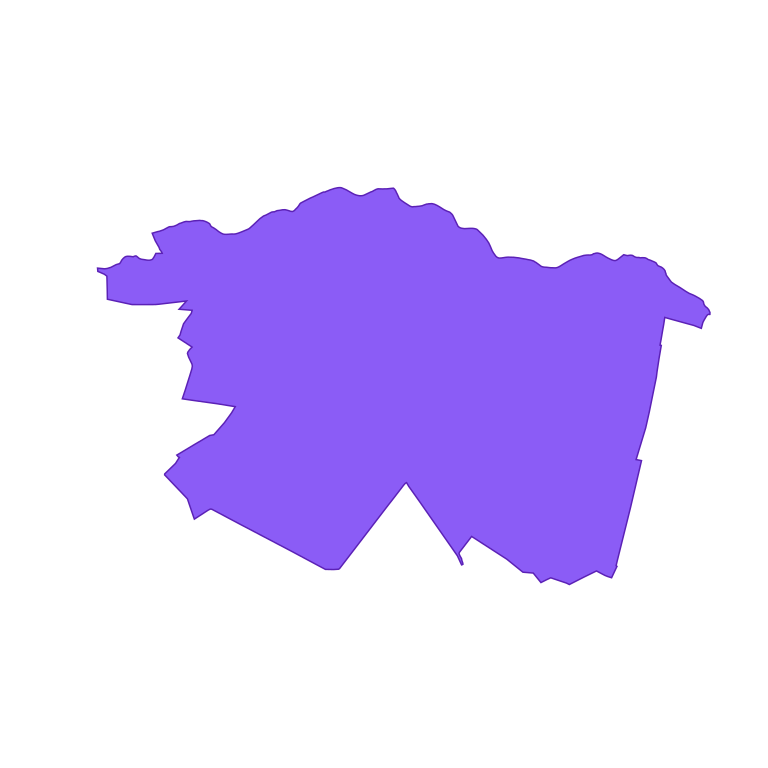 the district of Galanesti, Suceava, Romania, rotated 12°
{"feature_id": "2599482B27745550572599", "entity_name": "Galanesti", "entity_type": "district", "adm_level": 2, "iso_a3": "ROU", "parent_name": "Romania", "parent_adm1": "Suceava", "projection": "robinson", "projection_center": [25.817, 47.903], "detail": "fine", "context": "isolated", "style": "filled", "palette": "violet", "viewbox_px": 768, "rotation_deg": 12, "n_neighbors": 0, "source": "geoboundaries", "source_scale": "gbopen_adm2", "svg_char_len": 5966}
<svg xmlns="http://www.w3.org/2000/svg" viewBox="0 0 768 768"><g transform="rotate(12 384 384)"><path d="M646.9,526.2L649.8,513.9L648.8,513.5L648.9,508.8L650.8,454.1L651.8,405.4L646.3,405.5L648.2,383.1L649.1,372.5L649.3,356.1L649.1,333.8L649.0,320.6L648.5,315.1L647.7,301.1L647.2,288.6L645.9,288.6L645.8,283.4L645.4,273.3L645.2,267.4L644.8,260.5L652.4,261.0L669.2,262.0L674.9,262.3L679.7,263.1L682.8,263.6L683.1,257.6L683.7,255.3L685.2,250.8L686.0,249.1L686.9,248.4L687.5,248.2L688.1,248.3L688.3,248.2L688.0,246.3L687.5,245.6L686.1,243.7L684.2,242.3L682.1,241.3L680.4,239.6L679.3,237.2L678.3,236.2L674.8,234.7L670.0,233.2L667.6,232.6L663.7,231.9L660.1,230.7L654.0,228.3L647.8,226.2L644.0,224.6L642.8,223.6L638.5,219.8L637.3,218.6L636.8,217.3L636.0,216.2L635.5,215.0L634.2,213.7L632.4,212.6L630.6,211.9L629.7,211.8L628.2,211.5L627.5,211.4L626.3,210.5L625.1,209.1L624.1,208.7L622.6,208.3L620.4,207.9L619.1,207.6L617.5,207.4L616.1,207.2L614.9,206.6L613.1,206.3L611.7,206.5L610.0,206.8L608.9,207.2L608.0,207.3L607.0,207.2L606.5,207.4L604.5,207.7L603.0,207.5L601.7,207.1L600.5,206.6L599.5,206.6L598.5,206.7L597.2,207.1L595.4,207.8L593.8,207.8L591.9,207.7L591.6,207.7L588.4,211.6L586.9,213.4L585.5,214.7L584.3,215.3L582.5,215.4L580.4,215.1L576.7,214.2L574.5,213.5L572.6,212.8L570.6,212.1L568.6,211.6L567.1,211.5L565.7,211.5L564.2,211.9L563.1,212.5L561.9,213.0L560.6,214.3L558.6,215.1L557.2,215.3L555.0,215.9L552.7,216.7L550.0,218.2L547.2,219.7L544.6,221.2L542.1,222.9L540.2,224.3L538.2,226.0L535.8,228.2L534.2,229.7L532.2,231.7L530.6,233.1L529.2,234.1L527.5,234.8L525.1,235.2L522.3,235.7L518.9,236.0L516.3,236.4L514.3,236.4L513.0,236.1L510.3,234.8L507.1,233.4L505.9,233.1L504.9,232.6L503.6,232.5L501.5,232.3L499.2,232.4L497.0,232.4L491.8,232.6L489.8,232.6L486.7,232.9L484.4,233.1L481.4,233.7L479.0,234.1L476.7,234.8L472.7,236.3L470.4,236.9L468.7,236.7L467.0,235.9L463.8,233.0L462.0,231.0L459.3,227.1L457.1,224.2L454.1,221.3L449.8,217.8L444.4,214.4L443.1,213.6L442.2,213.3L440.9,213.2L439.6,213.2L437.9,213.4L436.4,213.7L430.4,215.3L427.6,215.5L426.2,215.4L424.7,214.9L423.6,214.3L422.6,213.0L416.6,205.2L415.8,204.3L414.9,203.6L413.9,203.0L412.9,202.4L411.9,202.1L410.2,201.9L408.7,201.6L406.4,201.0L401.6,199.2L398.8,198.3L396.2,197.7L394.5,197.6L393.3,197.6L391.9,198.0L390.1,198.5L389.2,198.9L388.2,199.2L385.6,200.8L384.3,201.7L381.5,202.8L379.8,203.3L378.0,203.9L376.3,204.3L375.1,204.8L373.7,204.8L372.4,204.6L369.5,203.5L366.5,202.4L363.2,201.0L361.8,200.3L360.9,199.7L359.9,198.9L359.3,197.9L358.5,196.9L357.6,195.6L356.4,194.2L355.5,192.9L354.8,192.1L354.2,191.6L353.6,191.1L352.6,190.5L351.5,190.8L349.6,191.4L346.3,192.5L345.5,192.7L343.6,193.1L342.3,193.5L341.0,193.7L339.4,194.0L337.6,194.3L335.9,195.2L334.3,196.5L332.4,198.2L331.3,198.8L325.4,203.3L324.3,204.0L322.9,204.5L321.3,204.9L319.8,205.0L318.3,205.0L317.2,204.9L315.7,204.7L313.5,204.1L311.3,203.4L309.8,202.9L308.2,202.4L307.4,202.1L306.2,201.8L304.2,201.4L302.8,201.1L301.4,200.9L300.3,201.0L299.3,201.2L297.6,201.8L294.5,203.2L292.5,204.4L290.9,205.3L289.1,206.6L287.5,207.6L286.4,208.5L285.2,208.7L284.3,209.2L283.3,209.9L275.6,215.8L273.2,217.5L267.3,222.3L264.8,224.4L264.2,225.4L263.8,226.6L263.3,227.9L262.4,229.6L261.1,231.5L260.3,232.9L259.5,233.7L258.6,234.3L256.8,234.5L255.3,234.3L252.8,234.1L250.9,234.1L248.5,234.7L246.1,235.7L243.3,236.7L241.5,238.0L240.7,238.5L239.9,238.6L238.2,239.3L236.3,240.9L233.4,243.3L231.4,244.6L230.7,245.3L230.1,246.0L228.3,248.0L225.8,251.6L223.2,255.4L221.8,257.3L220.8,258.7L220.1,259.6L219.5,260.3L218.6,261.0L217.6,261.7L213.1,264.8L210.0,266.8L207.5,268.1L205.8,268.6L204.1,268.9L202.2,269.4L200.6,269.9L198.7,270.4L197.1,270.7L195.8,270.8L194.6,270.6L193.4,270.3L192.2,269.9L191.1,269.5L189.6,268.8L187.4,267.7L186.1,267.2L184.9,266.7L183.3,266.3L182.0,265.7L181.2,264.8L180.0,263.4L179.3,263.2L178.0,262.7L176.8,262.4L175.8,262.2L174.5,262.0L172.8,261.9L171.1,262.2L169.7,262.3L167.7,262.9L166.0,263.4L163.9,264.0L161.9,264.8L160.6,265.4L159.3,265.7L158.1,265.9L157.2,266.0L156.2,266.3L154.4,267.2L151.8,268.9L150.6,269.5L149.3,270.7L148.3,271.6L146.9,272.6L145.5,273.5L143.6,274.2L142.8,274.4L141.9,274.6L140.9,275.1L140.4,275.5L138.6,277.0L136.3,279.0L134.2,280.3L132.4,281.4L131.1,281.9L130.2,282.4L128.3,283.4L125.9,284.7L130.5,291.5L135.6,297.2L136.6,298.9L139.0,301.0L139.9,302.3L133.7,303.7L132.7,307.4L131.6,310.2L129.5,311.5L127.8,311.9L126.4,312.1L123.7,312.2L120.8,312.4L119.1,312.2L117.9,311.8L116.3,310.9L115.0,310.3L114.3,310.4L113.1,311.0L112.2,311.7L109.2,311.9L106.4,312.4L105.0,313.0L104.0,313.8L102.8,315.4L101.6,317.6L101.3,319.0L100.4,321.2L97.2,322.9L92.7,326.6L89.3,328.5L86.8,329.4L79.7,330.2L80.7,333.4L82.5,333.7L87.7,334.8L90.5,336.1L91.3,339.3L94.0,350.7L95.8,358.6L114.4,358.7L121.0,358.7L132.0,356.4L143.9,353.8L147.1,352.8L173.5,343.9L173.2,344.4L173.0,344.9L168.0,353.5L181.0,351.8L180.8,355.0L179.9,356.9L179.0,358.8L176.8,363.6L175.4,366.8L174.5,374.9L174.3,378.4L172.9,381.7L188.2,387.6L188.6,387.8L186.8,390.6L185.5,393.6L185.4,395.0L187.3,398.3L192.0,404.4L192.8,406.3L192.9,409.2L192.3,416.1L190.8,431.6L189.8,440.4L191.7,440.3L201.2,439.7L225.1,438.0L243.2,437.1L240.9,443.9L235.9,455.1L228.1,469.0L224.2,470.6L211.6,482.2L196.1,496.6L197.9,498.0L199.1,498.4L198.9,498.8L196.6,505.0L188.2,517.5L188.3,518.5L201.9,527.8L215.6,537.2L218.5,542.1L225.3,553.5L226.6,555.6L235.3,546.9L238.1,544.1L239.5,542.9L240.3,542.4L241.6,542.3L272.0,551.0L328.9,567.0L355.8,574.8L365.2,577.5L373.1,576.0L378.1,574.6L378.9,573.8L386.1,558.7L402.2,524.9L413.3,501.6L416.2,495.7L424.2,479.0L425.5,476.7L426.6,475.8L429.4,478.9L443.1,491.5L491.5,536.8L497.5,544.8L498.2,544.4L498.7,543.9L498.2,542.6L496.8,540.3L496.1,538.6L494.2,536.5L493.1,535.0L492.6,534.1L492.8,532.9L497.1,523.9L501.4,514.9L540.5,529.8L559.0,539.2L569.3,537.9L578.8,545.6L583.9,541.5L587.4,538.9L603.8,540.8L607.0,541.6L619.6,531.4L630.7,522.7L636.3,524.3L639.9,525.3L642.8,525.8L646.9,526.2Z" fill="#8b5cf6" stroke="#5b21b6" stroke-width="1.5"/></g></svg>